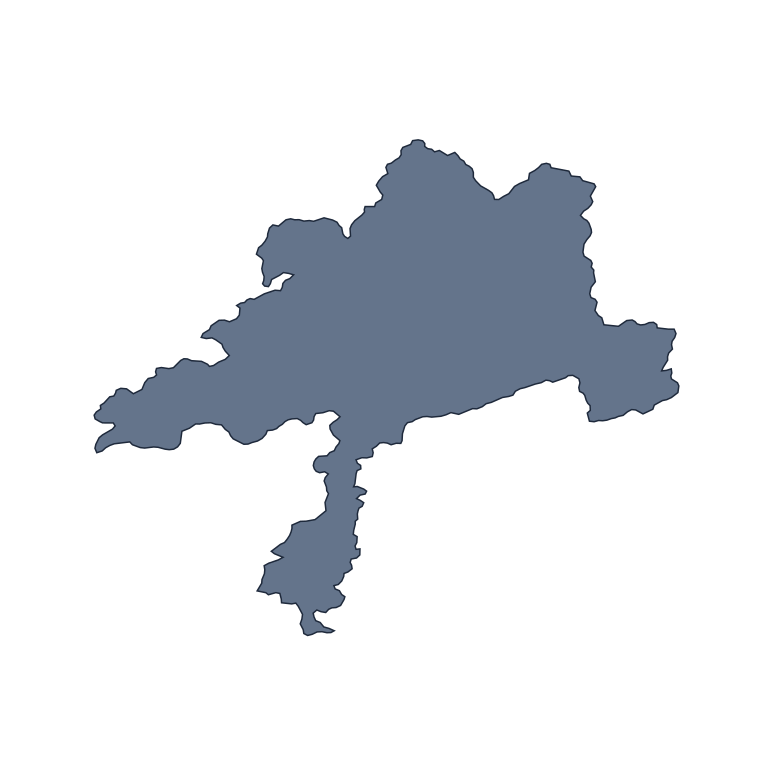 Guanhães, Minas Gerais, Brazil (Equal Earth projection), rotated 78°
{"feature_id": "56859067B12936840453094", "entity_name": "Guanhães", "entity_type": "district", "adm_level": 2, "iso_a3": "BRA", "parent_name": "Brazil", "parent_adm1": "Minas Gerais", "projection": "equal_earth", "projection_center": [-42.817, -18.856], "detail": "fine", "context": "isolated", "style": "filled", "palette": "slate", "viewbox_px": 768, "rotation_deg": 78, "n_neighbors": 0, "source": "geoboundaries", "source_scale": "gbopen_adm2", "svg_char_len": 6158}
<svg xmlns="http://www.w3.org/2000/svg" viewBox="0 0 768 768"><g transform="rotate(78 384 384)"><path d="M615.4,491.6L616.1,487.6L615.0,484.0L611.7,488.5L609.1,493.4L604.0,496.0L601.3,500.0L597.2,500.9L593.4,500.9L591.1,496.7L593.6,493.0L595.4,488.5L592.9,485.0L592.1,481.6L592.7,477.3L591.6,472.5L586.5,467.9L583.9,466.5L581.1,469.2L576.9,470.6L574.3,474.4L570.8,474.9L570.6,470.4L567.9,466.3L563.9,463.4L561.0,462.5L560.4,458.4L558.1,453.6L554.5,453.4L551.5,454.2L548.4,452.5L548.5,447.0L546.2,443.2L540.3,441.8L539.9,445.7L536.4,446.0L533.5,443.6L527.7,442.0L524.7,445.3L521.0,444.1L515.0,441.2L512.3,440.7L510.7,437.8L505.6,437.1L502.7,435.8L500.2,434.3L499.1,430.8L495.9,428.5L492.9,431.4L490.4,434.7L487.7,430.5L487.7,425.3L485.2,423.3L482.6,425.6L478.7,431.4L478.2,435.1L475.5,433.2L465.9,429.9L463.1,428.3L462.2,424.3L458.8,423.8L456.0,426.5L452.3,427.1L451.5,421.0L452.7,416.2L452.5,410.5L449.0,408.9L445.0,409.0L443.3,404.4L440.8,400.5L441.2,396.6L442.5,393.0L444.9,389.7L444.5,384.4L445.6,379.9L443.2,378.1L436.5,376.3L429.3,372.3L426.7,369.1L426.7,364.3L425.3,360.8L424.1,352.9L424.7,348.7L426.3,344.2L427.4,335.0L427.0,329.7L425.9,324.5L429.2,317.2L426.5,302.5L427.6,298.3L426.6,292.5L424.5,288.2L424.3,282.9L421.8,270.9L422.1,264.7L421.7,260.2L418.4,257.0L416.9,251.8L416.8,246.9L415.5,236.0L415.4,229.9L413.9,224.8L415.2,221.3L417.3,218.6L415.6,205.1L414.1,202.1L414.8,197.5L419.4,192.3L423.6,192.1L428.0,194.2L431.9,194.2L434.3,191.2L436.8,190.0L441.8,189.6L445.1,188.7L448.0,186.9L452.7,187.7L454.7,191.2L463.1,190.8L464.6,186.3L464.3,181.7L465.4,177.8L465.7,173.5L465.1,168.8L465.2,165.0L464.4,161.4L464.4,156.6L461.8,151.6L460.5,147.1L461.7,143.2L467.1,136.9L464.6,126.3L460.8,124.0L458.1,115.1L458.1,110.7L457.0,105.7L453.5,98.3L447.2,96.0L443.8,96.7L438.8,101.8L435.8,101.8L433.1,100.2L428.9,99.9L429.4,104.9L428.9,109.7L425.9,107.6L419.7,101.6L416.3,101.0L412.9,99.1L409.8,94.6L405.4,94.6L402.1,93.3L399.0,90.0L395.4,87.9L390.7,88.8L389.5,94.4L385.9,105.1L382.5,104.9L379.7,107.6L379.1,111.9L380.0,116.4L379.6,120.7L377.8,124.0L375.1,125.5L373.0,127.9L372.4,133.4L376.3,142.7L371.8,156.6L364.5,157.2L361.6,160.1L356.0,162.4L348.3,158.6L345.0,159.9L342.5,163.6L338.5,164.0L332.4,161.3L327.9,156.0L318.9,155.9L316.2,155.1L312.7,157.0L309.2,155.3L306.2,156.0L300.5,161.7L296.4,162.0L288.8,159.3L285.0,155.6L281.9,151.6L278.9,149.5L275.8,149.2L269.3,150.1L266.2,151.6L263.9,154.3L259.9,156.8L256.4,152.7L254.6,148.1L251.8,144.1L249.0,141.9L243.1,143.1L235.0,135.9L231.9,136.9L226.4,147.4L222.1,149.3L219.5,157.6L214.2,158.9L207.2,175.6L203.6,176.1L201.9,179.3L201.9,184.1L204.4,187.7L206.5,192.1L208.2,197.9L214.3,200.2L216.1,209.7L217.9,215.3L223.8,222.3L225.4,228.2L227.4,233.3L226.4,237.5L222.5,237.7L219.4,238.7L216.4,241.4L210.3,248.3L204.2,252.1L200.4,253.6L195.6,252.6L191.7,253.1L188.8,255.3L186.3,258.4L182.6,259.6L179.7,262.7L176.0,264.2L172.2,266.6L173.7,274.3L167.1,281.3L167.4,286.3L164.3,288.6L162.9,292.3L160.1,294.8L157.3,294.1L154.2,295.6L152.3,299.8L151.9,305.4L155.2,308.1L156.5,316.4L159.3,318.9L163.2,319.5L165.9,322.2L167.3,326.4L169.5,330.9L169.8,334.9L172.5,337.1L179.0,336.5L180.9,342.3L184.4,346.9L188.0,350.2L195.6,347.7L198.9,345.9L203.0,347.9L205.2,354.4L208.5,356.3L206.5,365.6L209.1,367.0L211.8,367.3L214.2,370.6L218.2,378.6L221.5,382.6L224.9,384.9L232.4,386.0L234.1,389.1L231.4,391.9L228.5,393.0L222.3,392.9L219.6,395.0L216.0,396.3L212.9,400.2L209.0,408.1L210.2,419.0L208.6,423.1L208.0,428.5L205.6,432.9L204.8,437.2L203.0,440.9L203.0,445.7L207.6,454.4L205.3,459.6L207.7,463.6L212.9,466.5L215.9,467.4L219.6,470.6L222.8,474.6L224.6,478.3L230.5,481.8L235.4,477.5L238.3,476.3L245.7,479.5L249.3,479.6L254.0,478.9L257.8,480.1L260.7,481.9L263.4,480.4L264.7,476.8L262.2,474.3L258.4,472.2L256.0,463.6L254.1,459.2L256.0,454.2L258.4,449.7L261.3,454.2L262.1,458.8L264.6,462.0L268.3,463.4L271.2,465.8L269.6,471.1L270.9,482.3L274.2,493.4L272.6,497.2L273.3,500.6L275.3,503.4L275.1,507.4L276.6,511.8L279.8,509.1L286.6,511.2L289.5,514.7L291.0,522.2L288.4,526.7L287.4,532.1L291.1,541.0L294.5,543.4L297.0,550.5L300.4,553.1L302.6,548.4L303.1,542.7L305.8,539.4L311.4,534.2L314.7,533.9L318.9,532.4L324.0,529.4L326.9,534.2L328.2,541.2L330.5,546.9L330.5,551.1L328.0,552.5L323.9,557.8L321.2,567.4L318.6,571.1L317.7,574.5L318.7,578.0L324.3,586.6L324.2,591.3L321.6,598.4L321.5,603.3L324.6,604.9L327.9,604.6L329.6,607.9L329.6,613.5L332.9,617.7L339.0,621.9L341.4,631.2L335.2,636.8L333.5,642.4L334.5,647.2L337.1,648.5L339.6,650.8L339.5,654.9L344.4,661.8L346.0,665.9L349.5,666.2L351.5,671.1L354.2,674.0L358.1,673.8L361.6,669.9L363.5,667.4L365.8,656.9L369.1,655.7L371.7,659.0L375.2,669.8L377.3,673.8L383.1,678.4L386.8,680.1L391.5,679.2L390.9,673.6L388.5,669.5L387.1,665.0L386.4,660.3L387.8,644.7L391.1,642.7L395.5,635.7L396.9,631.4L397.7,622.4L398.9,618.2L402.2,611.7L403.6,607.7L404.0,603.2L402.6,599.0L399.7,595.6L388.2,591.5L386.8,583.5L383.9,576.5L384.8,572.8L384.9,567.2L385.9,561.4L388.5,556.9L390.2,551.4L395.4,548.7L398.7,545.7L402.7,544.8L406.3,542.9L413.8,533.6L414.5,529.4L413.8,525.3L413.5,519.6L411.9,514.6L408.6,510.0L405.3,507.8L405.9,502.6L405.3,498.3L403.6,495.6L402.3,491.8L400.2,488.7L399.1,485.2L399.0,481.3L399.8,476.0L402.2,473.1L404.9,471.3L407.6,468.6L406.9,462.6L404.7,460.4L401.4,459.2L398.7,456.9L399.4,449.7L398.7,443.2L400.1,439.1L406.9,433.8L409.2,437.4L410.8,441.6L413.2,445.6L416.8,446.1L423.4,444.1L430.2,438.9L432.9,440.5L435.6,444.0L438.9,446.5L439.8,451.3L442.4,454.6L441.2,463.0L443.1,466.2L445.7,468.6L449.1,470.1L452.5,469.8L455.3,468.5L457.4,465.4L457.5,460.3L460.4,457.2L463.3,460.9L466.4,462.7L472.8,461.7L476.5,462.2L479.7,461.1L487.6,466.3L495.9,467.1L502.3,479.6L502.0,488.7L501.0,494.3L502.9,503.4L506.0,504.0L509.3,505.6L512.5,507.8L515.6,510.9L518.4,514.3L519.3,518.6L524.2,529.0L527.2,526.5L532.5,518.8L534.1,523.9L535.3,533.9L536.8,539.0L540.8,539.2L544.7,540.4L549.9,544.0L553.4,545.0L560.0,551.1L563.6,542.9L566.1,540.9L565.6,533.2L567.2,529.4L573.0,529.2L576.7,529.7L579.9,520.0L580.0,515.8L583.6,514.1L592.4,511.6L596.9,513.2L601.2,515.8L607.5,514.1L611.4,514.3L614.1,511.0L613.9,506.3L612.6,501.0L613.4,496.1L615.4,491.6Z" fill="#64748b" stroke="#1e293b" stroke-width="1.5"/></g></svg>